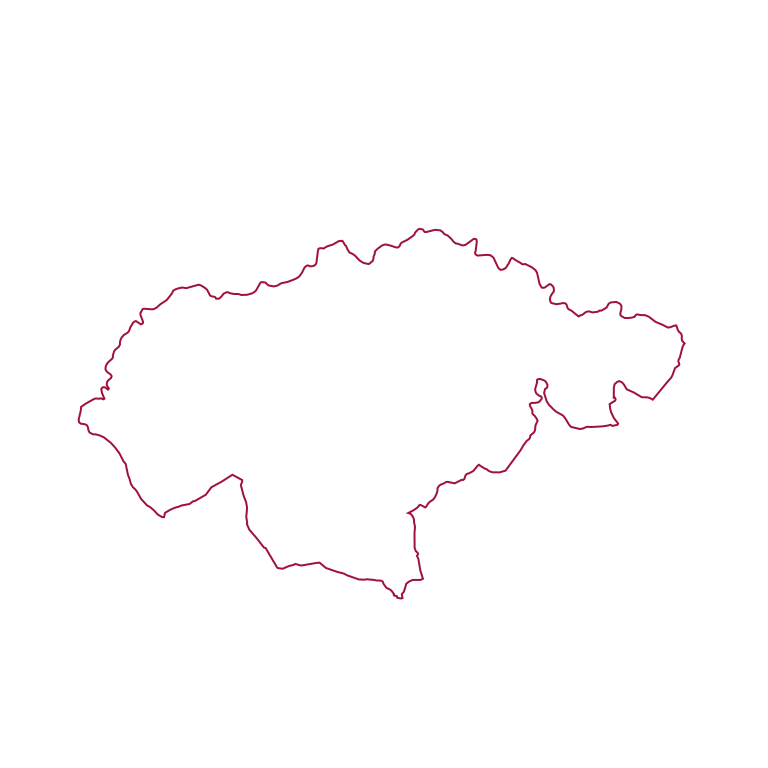 outline of Cuautempan, Puebla, Mexico, rotated 58°
{"feature_id": "50627088B27236807147286", "entity_name": "Cuautempan", "entity_type": "district", "adm_level": 2, "iso_a3": "MEX", "parent_name": "Mexico", "parent_adm1": "Puebla", "projection": "albers", "projection_center": [-97.792, 19.919], "detail": "fine", "context": "isolated", "style": "outline", "palette": "rose", "viewbox_px": 768, "rotation_deg": 58, "n_neighbors": 0, "source": "geoboundaries", "source_scale": "gbopen_adm2", "svg_char_len": 6165}
<svg xmlns="http://www.w3.org/2000/svg" viewBox="0 0 768 768"><g transform="rotate(58 384 384)"><path d="M519.5,248.1L525.9,241.8L527.1,239.2L527.8,234.6L530.2,231.2L535.8,221.0L537.7,216.6L538.7,213.5L540.7,212.4L542.3,207.5L541.6,206.4L534.4,207.1L528.3,206.3L524.8,205.3L520.6,203.3L520.6,196.8L520.0,196.0L519.1,195.5L517.7,195.5L517.4,196.4L509.0,191.1L506.4,188.6L505.8,185.2L506.2,182.9L509.0,181.2L512.0,180.8L517.1,181.0L523.5,176.7L531.8,172.4L534.9,167.7L537.3,165.6L539.7,164.4L532.5,142.9L530.9,137.4L529.3,134.5L524.8,128.9L524.4,124.0L524.0,123.2L520.7,122.3L519.4,121.2L518.4,119.2L510.9,111.3L509.3,108.8L509.0,107.6L505.1,108.3L502.7,107.1L501.1,105.9L499.4,105.4L497.5,105.6L496.3,106.2L494.1,106.2L489.2,105.1L488.6,106.2L487.5,111.2L486.6,113.3L481.0,116.7L475.2,120.8L467.4,123.7L464.0,126.1L461.6,129.7L459.0,132.6L459.0,134.5L459.8,135.8L459.0,138.7L457.4,142.1L455.7,144.7L453.2,146.3L450.8,147.0L449.5,146.3L446.0,142.8L443.4,141.2L440.9,141.4L437.5,143.5L435.1,148.3L434.9,149.5L435.1,151.2L437.1,154.7L437.0,160.8L436.1,161.9L435.9,162.8L436.2,163.8L433.9,169.1L431.2,171.5L430.4,173.0L430.0,174.5L430.4,179.4L429.7,181.8L430.0,182.6L429.8,183.2L423.7,185.3L420.9,186.3L418.9,187.6L417.2,188.1L413.2,187.1L412.2,187.3L411.1,188.1L410.0,189.7L409.4,191.7L407.5,195.8L404.0,199.1L402.6,199.3L400.2,198.5L398.4,196.9L397.2,195.1L395.4,190.8L392.4,189.1L390.5,189.0L387.8,189.8L387.0,190.8L387.4,196.4L387.0,197.6L386.1,199.0L385.3,199.2L381.4,199.0L370.9,195.3L367.6,195.2L363.1,196.9L357.0,200.7L356.2,202.7L355.2,203.6L354.6,203.6L347.0,207.6L346.1,207.7L344.8,208.7L345.5,210.8L347.8,214.2L350.1,219.2L350.0,222.5L348.9,224.7L346.8,225.5L345.5,225.5L335.0,224.2L331.3,225.4L328.9,228.5L324.6,236.7L322.9,237.6L320.9,237.3L319.9,235.9L312.9,230.2L310.9,229.1L309.9,229.3L309.4,229.6L308.5,231.1L309.2,241.1L308.1,244.1L304.1,247.1L302.9,248.6L300.3,249.6L296.6,250.0L291.9,251.3L289.0,253.3L285.8,253.8L283.5,254.9L280.3,259.0L277.4,268.0L276.5,269.0L273.6,269.2L271.4,271.3L271.0,273.0L271.6,275.7L272.1,277.4L273.4,279.1L273.8,281.6L274.1,287.9L273.5,293.6L273.7,295.4L275.1,297.3L275.7,299.5L274.7,301.3L270.0,305.2L266.7,308.4L266.0,310.0L265.5,312.4L265.9,317.5L266.7,321.3L269.2,323.4L270.3,325.2L272.4,326.8L273.5,328.1L274.2,332.2L274.1,333.6L270.3,337.3L266.5,339.2L259.9,340.5L257.3,341.6L254.2,343.6L250.2,343.6L246.7,343.0L245.7,343.5L241.4,343.3L240.5,343.5L238.9,346.5L238.6,353.8L237.3,358.5L237.0,361.8L237.2,363.2L235.3,365.6L234.7,367.0L234.7,368.1L236.7,370.0L245.7,377.3L246.6,379.4L246.4,381.7L245.2,384.2L243.0,385.8L242.7,387.6L243.2,389.8L246.1,394.5L248.0,399.1L248.0,402.6L247.5,405.9L246.3,411.8L244.1,417.7L244.0,422.5L242.9,425.7L239.4,429.5L237.2,430.4L235.2,430.7L232.8,433.7L232.5,434.9L237.0,443.2L237.3,445.3L237.2,447.9L235.8,452.8L232.9,457.8L230.4,459.9L228.5,463.1L225.3,466.6L223.6,467.6L222.8,468.9L222.4,472.0L223.9,476.4L224.2,478.7L222.7,481.2L221.2,481.1L220.2,481.5L219.0,483.1L216.9,484.6L210.3,484.1L207.1,485.1L203.1,487.2L201.6,488.5L197.9,501.0L195.3,503.9L193.8,508.0L193.2,511.0L193.1,513.1L194.9,516.1L197.5,523.2L197.8,526.0L197.8,530.9L198.7,536.4L198.6,538.6L198.0,540.8L193.0,547.6L192.6,549.1L194.9,553.2L196.7,554.0L203.6,555.4L204.6,556.2L204.8,557.4L204.6,558.5L199.1,561.1L198.8,562.8L199.1,564.4L201.6,569.2L203.9,572.0L204.6,574.0L204.6,578.7L205.4,581.5L206.5,583.5L208.4,585.6L210.7,587.1L211.9,589.2L212.6,594.1L213.4,595.7L216.1,598.8L217.9,599.9L218.6,601.6L219.3,606.0L220.3,608.8L222.0,611.0L224.1,612.5L226.9,612.5L231.1,610.8L233.0,610.8L234.2,612.2L234.9,616.6L236.2,618.4L238.2,619.8L241.8,619.7L242.5,620.4L242.5,621.1L239.0,622.4L237.9,623.7L237.9,625.1L238.5,626.5L242.5,628.0L248.3,628.9L248.3,630.1L246.3,631.5L245.2,634.0L243.5,636.0L243.0,638.4L242.6,647.4L242.9,653.0L245.5,654.9L252.4,661.8L254.8,662.9L256.9,662.2L259.9,658.7L261.7,657.8L263.8,658.0L266.4,659.1L269.2,659.4L272.6,657.3L273.9,655.2L276.8,652.5L280.6,649.9L289.3,646.8L295.4,645.7L302.4,645.1L311.8,645.9L314.9,645.4L325.1,649.2L330.1,650.2L334.6,651.6L338.6,651.6L341.9,650.7L345.1,650.5L352.8,650.9L361.3,649.3L364.4,647.6L368.6,646.2L374.9,645.0L379.3,642.7L380.3,641.1L377.2,637.9L377.4,632.0L378.1,626.8L379.2,623.4L379.8,619.9L382.7,612.6L382.3,608.0L383.0,606.6L383.5,593.8L380.1,585.2L380.8,573.7L380.6,560.7L390.2,555.2L391.5,555.8L393.9,559.0L404.6,562.3L411.3,563.6L415.9,565.5L419.0,567.6L423.5,571.1L429.4,573.7L430.1,574.5L436.1,575.4L448.1,573.6L459.0,572.5L460.4,571.3L483.0,571.9L484.1,571.3L486.9,567.9L488.0,561.0L489.5,556.5L489.6,554.6L494.1,550.4L499.9,536.2L501.4,533.3L509.3,530.7L518.6,523.2L523.5,518.5L526.8,516.6L536.5,508.8L539.7,504.1L540.5,502.0L545.2,495.9L546.8,494.3L549.2,490.7L550.8,489.8L553.3,490.3L558.1,490.0L561.1,488.0L563.4,487.2L567.7,486.8L568.1,487.5L568.8,487.5L570.9,485.5L572.3,486.0L574.7,483.5L575.4,481.8L571.6,480.2L570.7,477.2L565.2,470.9L564.8,467.4L565.4,463.5L569.5,456.9L569.8,454.2L561.1,451.9L550.7,447.6L547.1,447.1L546.5,445.3L545.0,444.9L542.6,445.6L539.2,444.9L526.4,437.0L521.4,433.3L517.2,431.8L515.0,430.4L511.7,429.8L509.5,430.0L508.0,430.3L506.3,431.8L506.7,426.1L506.5,421.2L505.5,418.2L505.7,417.3L507.0,416.4L510.5,414.5L510.4,413.2L508.6,409.7L508.1,407.0L508.1,403.7L507.0,400.8L504.8,397.4L503.0,395.4L500.8,393.8L499.6,391.5L499.4,389.2L500.0,385.8L500.0,383.2L500.8,381.8L505.7,376.7L506.4,368.9L507.3,367.9L507.1,366.1L504.6,363.2L504.2,361.3L504.8,359.2L505.1,354.4L503.1,348.5L502.7,346.4L508.4,343.8L511.2,341.8L512.7,341.5L514.6,340.3L516.5,338.6L520.1,333.0L521.9,326.9L512.6,303.4L509.7,297.9L508.0,293.5L507.4,289.3L505.1,287.0L504.6,282.8L503.3,280.4L499.4,277.5L496.6,273.2L493.9,272.9L491.0,273.1L488.4,273.8L487.1,273.6L486.3,272.8L484.2,272.0L479.7,271.8L478.4,271.0L478.2,269.4L478.5,268.3L479.5,267.0L481.2,263.3L481.2,261.3L480.2,258.3L479.2,257.5L478.1,257.3L475.7,258.8L473.0,259.8L470.8,259.6L468.4,258.5L463.8,253.4L461.6,252.0L461.6,250.6L462.6,248.8L466.1,246.1L468.1,245.5L471.5,245.9L473.0,247.0L473.7,248.2L473.6,250.1L476.5,253.0L484.5,255.1L488.8,255.2L495.5,253.7L498.5,252.8L505.6,248.9L509.2,248.5L516.9,248.6L519.5,248.1Z" fill="none" stroke="#9f1239" stroke-width="2"/></g></svg>